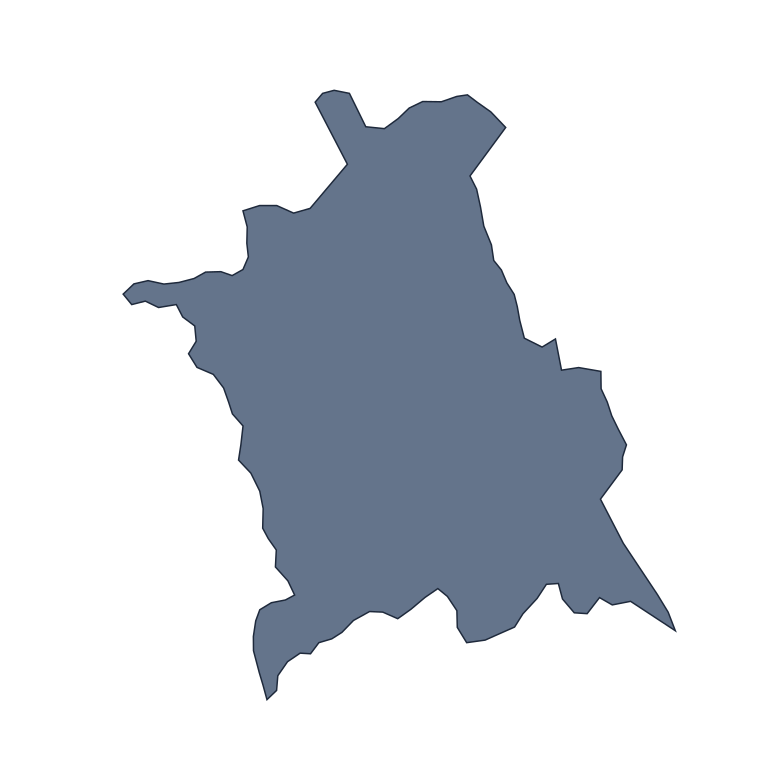 São Sebastião do Caí, Rio Grande do Sul, Brazil, rotated 349°
{"feature_id": "56859067B90452711270544", "entity_name": "São Sebastião do Caí", "entity_type": "district", "adm_level": 2, "iso_a3": "BRA", "parent_name": "Brazil", "parent_adm1": "Rio Grande do Sul", "projection": "robinson", "projection_center": [-51.346, -29.585], "detail": "fine", "context": "isolated", "style": "filled", "palette": "slate", "viewbox_px": 768, "rotation_deg": 349, "n_neighbors": 0, "source": "geoboundaries", "source_scale": "gbopen_adm2", "svg_char_len": 1727}
<svg xmlns="http://www.w3.org/2000/svg" viewBox="0 0 768 768"><g transform="rotate(349 384 384)"><path d="M255.6,248.6L245.3,242.6L230.2,240.1L217.7,244.2L202.1,245.2L187.0,243.9L172.1,237.5L157.6,238.0L145.1,246.0L151.5,257.9L165.5,257.1L177.3,265.9L195.3,266.4L199.2,279.8L209.3,290.9L207.8,306.2L197.9,317.0L203.6,332.0L218.3,342.0L225.8,357.3L228.0,372.0L229.5,384.4L237.6,398.3L231.9,416.4L226.7,430.9L236.3,446.1L241.6,465.5L241.6,483.3L237.4,502.4L240.9,513.7L246.6,526.4L242.5,542.9L252.1,558.9L256.0,574.1L246.0,577.2L231.7,577.2L219.0,581.9L212.9,592.0L207.6,606.9L205.0,620.9L206.5,643.6L207.8,656.8L208.9,671.5L220.1,664.3L224.1,650.1L236.3,638.2L250.3,632.2L260.4,634.8L270.7,625.5L284.1,624.2L295.3,619.8L308.9,610.3L326.4,604.6L339.3,607.7L352.7,617.0L367.4,610.3L383.6,601.3L397.8,595.1L405.7,604.6L412.3,620.4L409.5,636.9L415.8,653.7L434.4,654.7L447.8,651.6L465.8,647.5L476.5,636.1L493.4,623.7L505.2,611.6L517.1,613.1L518.2,629.1L527.1,644.9L539.6,648.2L554.8,634.8L565.9,644.4L584.6,644.4L622.9,681.8L619.4,662.2L612.2,642.8L588.5,586.0L574.5,538.3L601.4,513.7L604.3,501.1L610.4,490.0L605.4,473.2L601.5,458.7L599.7,444.3L596.2,430.1L599.3,413.0L578.2,405.0L560.9,404.3L560.9,372.5L546.2,377.9L530.5,365.8L529.4,347.5L529.6,333.5L528.9,320.9L523.9,308.2L521.0,294.5L515.3,283.7L516.0,267.9L512.1,248.1L512.5,228.7L512.1,210.4L508.1,196.2L552.4,155.4L540.8,137.3L529.4,125.4L521.1,116.1L510.3,115.6L494.1,117.9L475.9,114.1L461.4,117.9L448.5,126.2L433.1,133.4L415.2,128.0L405.5,92.1L391.1,86.2L379.2,87.0L370.2,94.2L390.0,161.3L345.0,197.5L327.9,199.0L312.8,188.4L295.9,185.1L278.6,187.1L279.7,203.7L276.2,219.7L275.1,233.4L267.4,244.7L255.6,248.6Z" fill="#64748b" stroke="#1e293b" stroke-width="1.5"/></g></svg>